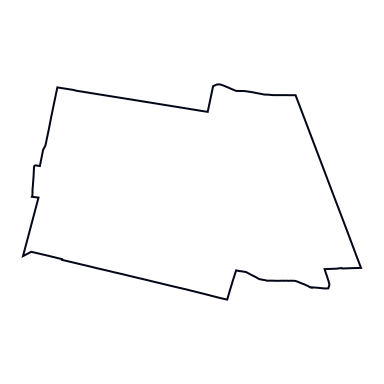 outline of Vladila, Olt, Romania
{"feature_id": "2599482B56723681646749", "entity_name": "Vladila", "entity_type": "district", "adm_level": 2, "iso_a3": "ROU", "parent_name": "Romania", "parent_adm1": "Olt", "projection": "natural_earth1", "projection_center": [24.392, 44.002], "detail": "fine", "context": "isolated", "style": "outline", "palette": "ink", "viewbox_px": 384, "rotation_deg": 0, "n_neighbors": 0, "source": "geoboundaries", "source_scale": "gbopen_adm2", "svg_char_len": 2464}
<svg xmlns="http://www.w3.org/2000/svg" viewBox="0 0 384 384"><path d="M189.5,290.3L193.4,291.2L194.9,291.6L204.1,293.9L207.3,294.7L207.9,294.9L208.9,295.1L211.0,295.7L215.0,296.7L220.9,298.2L226.8,299.5L227.2,299.6L229.1,293.1L229.4,292.0L229.5,291.7L230.4,288.7L231.3,285.7L231.9,283.9L232.9,280.3L233.1,279.9L233.6,278.3L236.1,270.4L238.0,270.8L239.7,271.1L241.5,271.3L243.3,271.6L245.3,271.9L246.2,272.1L247.3,272.7L248.4,273.3L249.5,273.9L250.8,274.6L253.5,276.0L255.0,276.7L257.0,277.8L257.9,278.4L258.7,278.8L259.7,279.2L263.4,279.9L265.2,280.2L267.0,280.7L269.4,280.7L271.4,280.7L273.7,280.7L275.4,280.8L277.6,280.8L279.7,280.8L281.8,280.7L282.4,280.7L282.5,280.7L284.5,280.8L286.3,280.7L288.4,280.8L291.0,280.7L293.4,280.8L294.4,280.8L295.1,280.9L295.9,281.1L297.1,281.5L298.9,282.2L301.2,283.2L302.1,283.5L302.6,283.7L303.0,283.9L304.2,284.3L304.6,284.5L305.9,285.1L307.1,285.6L308.3,286.2L309.4,286.9L310.3,287.3L311.0,287.6L311.7,287.7L311.7,287.3L312.5,287.4L315.1,287.6L317.0,287.7L318.9,287.9L319.1,287.9L321.8,288.2L324.2,288.4L326.2,288.5L327.7,288.3L328.3,288.3L328.6,287.3L328.9,286.7L329.2,285.8L329.2,285.3L329.3,284.8L329.3,283.9L328.9,282.6L328.6,281.2L327.9,279.4L327.8,278.8L327.6,278.3L327.2,276.8L326.9,276.1L326.8,275.7L326.4,274.6L325.6,272.3L325.1,270.6L324.6,269.1L336.2,268.7L341.6,268.0L342.0,268.5L347.4,268.3L360.7,267.9L361.0,267.9L356.1,255.0L349.0,236.0L347.8,232.8L346.4,229.1L341.1,215.1L336.5,203.1L298.4,102.6L296.0,96.4L295.6,95.2L289.5,95.2L285.6,95.1L277.9,95.1L272.9,95.1L268.3,94.7L264.0,94.5L262.1,94.1L256.7,93.1L251.8,92.1L248.3,91.6L245.6,91.2L242.8,91.0L240.2,91.0L236.3,90.9L234.9,90.4L231.3,88.9L227.2,87.1L223.3,85.5L220.0,84.4L216.8,84.5L215.1,85.3L213.1,86.2L207.7,111.9L111.7,96.4L95.4,93.8L82.5,91.7L76.6,90.8L73.3,89.9L59.1,87.7L57.4,87.4L57.2,88.2L57.1,88.6L51.1,117.5L48.9,128.9L45.4,145.6L43.1,149.8L39.9,166.0L35.8,165.4L35.0,165.5L34.5,165.8L34.1,166.5L34.0,167.3L33.9,169.4L33.6,176.0L33.1,182.4L32.9,185.4L32.6,188.5L32.5,191.1L32.5,193.3L32.3,195.9L31.9,196.8L38.5,197.6L34.7,212.0L23.0,256.1L31.3,251.8L42.8,254.5L48.4,255.8L62.2,259.2L62.3,259.3L62.1,259.9L72.3,262.3L80.3,264.2L90.5,266.6L91.7,266.9L96.5,268.1L99.5,268.8L104.3,269.9L113.9,272.2L123.4,274.4L132.4,276.6L132.9,276.7L134.9,277.2L146.8,280.0L155.3,282.1L160.6,283.3L161.2,283.5L164.6,284.3L171.5,286.0L172.1,286.1L176.1,287.1L177.6,287.4L186.1,289.4L189.4,290.2L189.5,290.3Z" fill="none" stroke="#020617" stroke-width="2"/></svg>